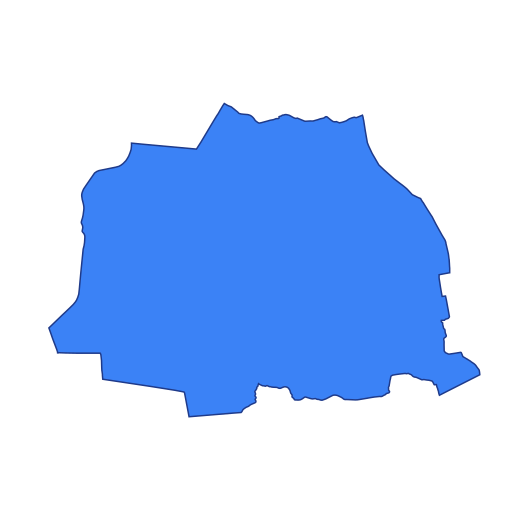 the district of Tulca, Bihor, Romania, rotated 355°
{"feature_id": "2599482B1784153008290", "entity_name": "Tulca", "entity_type": "district", "adm_level": 2, "iso_a3": "ROU", "parent_name": "Romania", "parent_adm1": "Bihor", "projection": "natural_earth1", "projection_center": [21.788, 46.781], "detail": "fine", "context": "isolated", "style": "filled", "palette": "blue", "viewbox_px": 512, "rotation_deg": 355, "n_neighbors": 0, "source": "geoboundaries", "source_scale": "gbopen_adm2", "svg_char_len": 6091}
<svg xmlns="http://www.w3.org/2000/svg" viewBox="0 0 512 512"><g transform="rotate(355 256 256)"><path d="M468.6,393.8L468.6,392.1L468.5,390.1L468.3,388.9L466.5,386.1L465.8,384.8L465.1,383.7L463.8,382.3L462.7,381.4L461.3,380.3L460.4,379.4L453.3,374.2L452.7,372.1L452.0,370.1L451.5,369.8L446.3,370.2L439.7,370.6L439.1,370.4L436.3,368.8L435.3,367.2L435.2,366.8L435.6,360.9L435.7,359.8L435.9,358.0L435.9,357.1L435.7,355.7L435.8,355.4L435.9,354.7L436.2,354.3L436.5,354.1L437.9,353.2L438.4,352.7L438.6,352.2L438.6,351.7L438.4,351.0L438.0,349.6L437.8,348.6L437.8,346.6L437.7,345.9L437.6,345.5L436.8,344.8L436.6,344.4L436.4,342.9L436.2,341.6L436.0,340.6L436.0,340.1L436.0,339.9L436.1,339.5L436.1,338.9L435.7,338.5L435.1,338.0L434.9,337.6L434.9,336.8L435.0,336.3L438.2,336.4L438.9,335.7L439.3,335.5L441.7,335.0L442.2,334.8L443.3,333.6L443.4,333.2L441.8,316.3L441.3,312.4L437.9,312.5L437.5,308.5L437.1,303.6L436.8,299.0L436.5,294.6L436.5,293.2L436.8,290.6L446.9,289.6L447.5,289.6L447.9,285.0L447.9,283.3L448.0,280.5L448.1,276.3L448.0,275.5L447.9,272.3L447.8,270.6L447.5,268.3L446.2,259.3L446.3,258.9L446.2,258.6L445.7,256.7L443.1,251.4L437.9,239.7L437.0,237.5L434.9,232.3L433.9,230.5L430.8,224.6L428.6,220.2L427.2,217.3L426.7,216.7L425.5,214.3L425.0,213.1L422.4,211.8L417.0,208.5L412.5,202.7L411.4,201.5L410.2,200.3L407.9,198.1L405.5,196.0L400.4,191.3L390.9,181.2L386.3,176.0L380.6,163.8L378.6,158.4L377.8,156.2L376.8,152.8L375.8,141.1L375.1,130.6L374.8,128.3L374.8,127.7L374.6,126.2L374.3,125.0L368.2,126.9L367.4,126.8L366.0,126.3L363.7,126.7L360.9,127.5L357.7,129.2L355.5,129.8L353.2,130.3L350.7,130.6L348.9,129.7L347.8,129.1L346.7,129.2L345.7,129.1L344.4,128.7L342.3,126.9L338.9,123.6L338.4,123.4L337.8,123.3L337.2,123.5L336.0,124.2L335.5,124.5L333.1,124.8L332.1,124.9L329.4,125.6L326.1,126.2L324.7,126.5L321.6,126.2L317.5,126.1L316.4,126.0L309.1,122.2L308.1,122.4L307.2,122.3L305.7,121.6L302.0,119.1L301.1,118.6L299.9,118.2L298.2,117.7L297.2,117.7L295.5,118.0L294.5,118.0L293.6,118.6L291.1,119.2L291.0,120.6L290.3,121.0L289.1,121.0L288.1,120.9L287.3,121.1L286.4,121.4L285.2,121.7L281.9,122.0L279.4,122.5L272.7,123.7L270.7,123.9L269.5,123.2L268.0,121.9L267.0,120.9L266.4,119.7L265.5,118.3L264.7,117.3L263.9,116.5L263.1,115.8L262.3,115.3L261.2,114.8L260.1,114.4L256.0,113.7L253.5,113.2L251.9,112.6L251.3,112.3L250.3,111.0L244.4,105.3L243.4,104.8L241.1,103.7L237.7,101.3L236.0,103.4L233.2,107.3L230.8,110.8L229.0,113.0L225.4,117.9L211.1,137.7L206.0,144.3L153.1,134.8L141.8,132.7L141.6,135.2L140.9,138.9L139.7,141.8L137.9,145.4L136.3,147.7L134.6,149.8L131.7,152.3L129.5,153.7L127.3,154.7L123.9,155.3L107.1,157.2L104.8,157.9L102.4,159.3L92.7,171.0L90.2,174.1L89.6,175.1L88.9,176.5L88.4,177.5L87.8,179.3L87.6,181.0L87.7,182.5L87.8,184.4L88.5,188.6L88.7,190.4L88.8,192.0L88.7,193.7L88.4,195.4L87.3,200.3L86.4,203.1L85.3,205.8L85.0,206.7L84.9,207.2L84.9,207.9L85.8,210.5L85.9,211.4L85.9,212.7L85.5,214.2L85.1,215.5L85.0,216.3L85.5,217.3L86.2,218.2L86.7,219.1L87.1,220.4L87.2,221.6L87.1,222.8L86.8,224.7L86.6,226.1L86.3,227.9L85.6,230.8L84.4,234.2L79.8,258.6L77.0,274.2L76.1,278.6L74.8,281.7L73.4,284.3L72.0,286.1L69.6,288.5L65.2,292.1L57.4,298.3L50.6,303.8L43.4,309.6L44.6,314.2L46.4,321.3L49.3,331.6L49.9,334.1L49.9,335.2L50.2,335.2L50.5,335.3L50.7,335.1L57.9,336.0L69.2,337.2L92.3,339.2L92.8,340.4L92.9,341.9L93.0,346.8L92.9,348.4L92.6,353.5L92.5,356.4L92.7,360.4L92.6,361.6L92.6,365.4L138.7,376.5L163.2,382.6L169.3,384.3L172.4,385.2L172.7,385.7L172.9,386.2L175.3,410.3L218.8,410.5L226.0,410.6L227.5,410.6L228.3,409.9L229.1,408.7L229.4,408.2L229.7,407.9L230.6,407.2L231.5,406.7L232.9,405.9L235.4,405.1L235.9,404.8L236.9,404.1L238.1,403.5L239.3,403.1L242.3,402.1L242.5,402.0L242.9,401.7L243.1,401.4L243.2,401.2L243.2,400.9L243.2,400.4L243.1,400.0L242.7,399.2L242.6,398.8L242.7,398.6L242.8,398.4L243.6,397.5L243.7,397.2L243.7,396.9L243.6,396.5L243.0,395.8L242.9,395.6L242.9,395.3L242.8,395.0L242.9,394.8L243.0,394.5L243.3,394.0L243.5,393.7L243.5,393.3L243.5,392.9L243.3,392.2L243.1,391.5L243.0,391.1L243.1,390.8L243.2,390.6L244.0,389.7L245.0,388.4L245.2,388.1L245.2,387.6L245.2,387.4L245.3,387.0L245.5,386.7L246.3,386.1L246.5,385.8L246.8,384.9L247.4,383.4L248.2,384.1L251.1,385.8L252.8,386.1L253.8,386.5L254.4,386.5L255.1,386.1L255.9,386.1L256.9,386.7L257.7,387.2L258.3,387.4L259.2,387.5L260.1,387.9L262.2,388.3L264.8,388.6L265.8,388.9L267.0,389.6L267.6,389.8L268.4,389.9L269.3,389.8L270.4,389.4L271.8,389.0L272.9,388.8L273.6,388.8L274.4,389.0L275.3,389.3L276.2,389.9L277.1,390.8L277.2,391.2L278.0,392.6L278.2,393.4L278.5,395.0L278.8,396.0L279.4,396.8L279.8,397.6L279.8,398.5L279.7,399.0L279.6,399.4L279.8,399.8L280.2,400.2L280.9,400.9L281.3,401.3L281.5,401.9L281.6,402.3L281.9,402.6L282.4,402.8L284.8,403.1L285.8,403.2L286.5,403.2L287.6,403.1L288.6,402.8L289.7,402.3L292.1,400.9L292.7,400.8L293.3,400.9L298.3,402.9L299.0,403.1L299.9,403.3L302.6,403.2L303.0,403.3L303.7,403.8L304.6,404.1L305.3,404.3L305.9,404.3L306.8,404.7L307.7,405.1L308.5,405.3L309.4,405.4L313.0,404.5L320.4,401.5L321.1,401.4L322.1,401.4L323.0,401.5L324.5,401.9L325.6,402.4L327.3,403.4L328.8,404.3L329.8,405.1L330.9,406.2L331.7,406.6L332.5,406.8L333.3,406.8L340.2,407.7L342.3,408.0L344.4,408.1L346.4,408.0L354.0,407.4L357.2,407.1L361.4,406.8L366.9,406.7L368.2,406.9L368.7,406.9L369.6,406.7L371.2,405.9L372.5,405.5L373.3,405.0L373.8,404.4L376.0,404.0L376.6,403.8L377.0,403.4L377.2,402.9L377.2,402.4L376.4,401.3L376.4,400.8L376.5,399.6L376.5,398.7L376.6,398.2L377.0,397.5L377.3,397.0L377.5,396.1L378.0,394.2L378.6,391.8L379.0,390.7L379.4,389.4L379.7,388.2L380.0,387.5L380.8,387.0L381.8,386.6L385.0,386.3L388.8,386.1L394.4,386.0L395.2,386.3L395.7,386.4L397.5,386.2L398.6,386.9L399.2,387.2L400.2,387.7L400.6,388.0L401.0,388.6L401.9,389.6L402.5,390.0L403.3,390.4L404.3,390.6L405.2,390.9L407.6,392.2L409.2,393.1L410.5,393.8L412.2,393.7L412.9,393.8L413.6,394.0L415.6,394.5L417.3,394.8L420.3,395.8L420.7,396.3L421.2,397.0L421.5,397.7L421.9,398.9L422.4,399.8L424.5,399.8L424.8,402.1L425.4,404.0L425.6,405.4L425.9,406.3L426.1,408.4L426.4,410.0L426.6,410.7L437.2,406.4L468.6,393.8Z" fill="#3b82f6" stroke="#1e3a8a" stroke-width="1.5"/></g></svg>